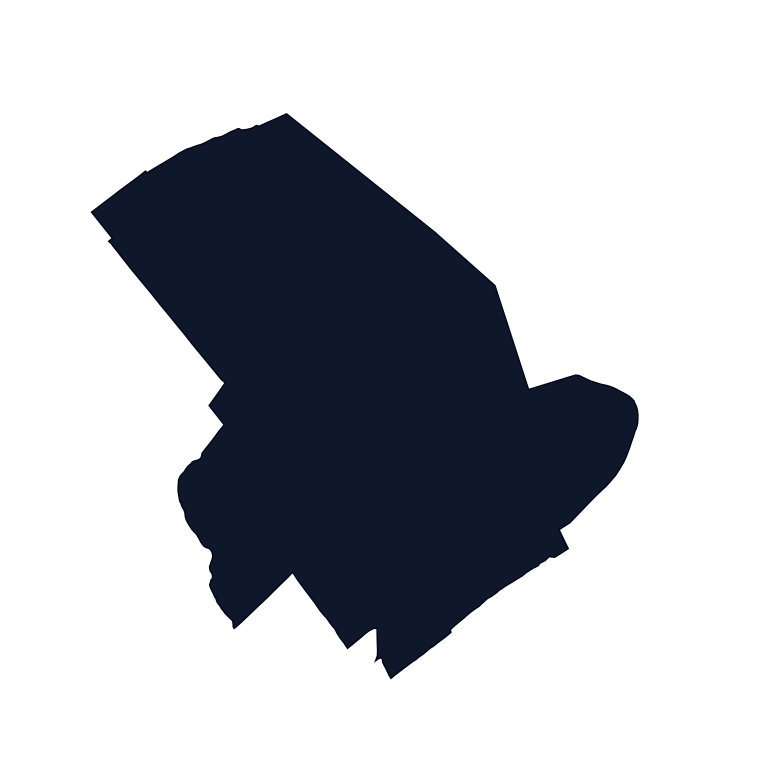 Slatioara, Olt, Romania, rotated 345°
{"feature_id": "2599482B63215832934331", "entity_name": "Slatioara", "entity_type": "district", "adm_level": 2, "iso_a3": "ROU", "parent_name": "Romania", "parent_adm1": "Olt", "projection": "mercator", "projection_center": [24.319, 44.407], "detail": "fine", "context": "isolated", "style": "filled", "palette": "ink", "viewbox_px": 768, "rotation_deg": 345, "n_neighbors": 0, "source": "geoboundaries", "source_scale": "gbopen_adm2", "svg_char_len": 5422}
<svg xmlns="http://www.w3.org/2000/svg" viewBox="0 0 768 768"><g transform="rotate(345 384 384)"><path d="M621.0,464.9L619.9,462.8L617.9,459.6L614.5,456.1L610.9,452.8L607.3,449.3L602.9,445.7L599.6,443.6L593.1,440.2L584.3,434.6L574.3,426.1L573.3,425.8L571.2,425.0L570.2,425.1L568.3,425.1L566.8,425.2L565.3,425.2L522.2,426.8L521.0,403.4L516.6,317.7L472.2,250.4L392.7,142.5L359.8,97.9L341.7,100.8L330.0,102.7L327.6,101.3L323.9,102.5L322.3,102.7L319.5,102.7L316.7,102.6L314.0,102.2L312.1,101.8L309.9,99.8L308.9,99.8L308.6,99.6L308.0,99.8L307.2,100.0L306.6,100.1L306.0,100.2L305.0,100.3L304.3,100.4L303.1,100.6L301.0,100.8L296.5,101.9L291.2,103.0L289.4,103.1L289.2,102.8L288.6,102.9L286.0,102.9L284.5,102.5L282.1,102.7L275.4,104.3L269.4,105.3L264.1,105.4L258.2,106.0L254.4,106.1L246.1,108.0L236.8,111.0L223.2,114.8L211.0,118.3L209.8,118.6L208.6,116.7L203.5,119.0L190.8,124.1L178.8,128.8L170.2,132.4L161.4,136.0L146.0,142.3L159.4,173.0L155.0,174.9L157.2,178.2L157.8,180.2L159.5,184.1L160.7,186.8L163.2,192.7L169.0,206.4L174.8,219.1L181.4,233.4L188.4,249.4L193.9,261.4L198.0,270.6L201.3,277.9L204.1,284.0L208.9,295.3L212.5,303.3L217.4,314.0L222.0,324.1L228.0,337.5L231.0,341.8L230.3,342.3L222.7,348.8L213.3,356.5L209.5,359.6L209.6,359.8L219.1,382.1L213.4,386.1L210.9,388.1L206.3,391.8L202.3,394.9L196.8,399.0L190.4,403.7L190.0,404.6L189.7,405.5L188.7,407.2L188.3,407.7L187.4,408.4L186.2,409.0L185.0,409.2L183.7,409.4L181.9,409.4L180.3,409.4L179.6,409.5L178.9,409.7L178.0,410.2L177.2,410.8L176.1,411.4L174.9,412.1L173.8,412.5L172.7,413.3L171.4,414.3L170.6,414.9L169.9,415.6L168.6,416.8L167.0,417.9L164.9,419.1L163.6,420.1L162.6,421.1L161.9,422.1L161.2,422.9L160.5,424.1L160.3,425.2L159.4,427.4L158.6,429.9L157.9,432.4L157.4,434.3L157.0,437.8L156.7,441.2L156.5,442.8L156.5,445.0L157.0,446.5L157.2,449.8L157.6,451.6L158.3,454.2L158.4,456.4L158.2,458.6L157.8,460.2L157.8,461.9L157.9,464.2L158.4,466.7L159.2,469.4L160.0,472.3L161.1,475.2L162.3,477.6L163.3,479.3L164.0,480.4L164.6,482.7L165.4,485.3L165.7,486.6L165.8,487.8L166.3,489.7L167.3,492.2L168.0,493.9L169.2,495.2L170.4,496.3L172.0,497.1L172.7,497.9L173.4,498.8L173.9,500.2L174.4,502.0L174.3,503.4L174.2,504.9L174.0,506.1L173.4,507.5L172.6,508.9L171.5,510.5L170.8,511.4L169.5,513.6L168.5,514.7L168.2,515.8L167.9,517.2L167.8,518.7L167.9,520.0L168.5,521.5L168.8,522.8L168.8,524.0L168.6,525.5L168.2,526.8L167.4,527.9L166.1,528.7L165.0,530.8L163.7,532.8L163.6,534.9L163.9,537.0L164.2,538.2L164.3,539.5L164.7,541.0L164.9,542.3L165.1,543.1L165.2,544.1L165.3,544.9L165.4,545.7L165.9,547.0L166.2,547.8L166.2,549.7L166.4,551.5L167.0,553.4L168.0,555.5L168.5,557.2L168.9,558.9L170.2,561.8L171.4,564.9L173.4,568.2L175.4,571.6L176.4,573.2L176.4,573.5L176.5,574.2L176.5,574.5L176.4,575.3L176.1,577.1L175.5,579.6L175.8,580.4L176.0,581.3L176.7,581.0L177.3,580.8L181.0,578.9L184.6,577.1L195.0,571.4L201.9,567.6L216.0,560.0L224.3,555.2L233.3,550.1L241.1,545.8L246.3,542.5L247.5,543.4L248.0,544.9L248.5,546.4L248.8,547.3L249.0,548.3L249.6,549.9L250.0,551.3L250.5,552.5L251.1,554.0L251.8,555.8L253.8,560.9L255.3,564.7L257.1,569.0L260.3,576.9L262.2,582.3L263.4,585.8L266.4,592.3L268.0,595.2L270.3,601.6L272.0,605.4L273.4,608.2L273.5,609.2L274.1,612.1L275.8,617.7L278.2,623.3L279.1,626.0L279.9,628.4L280.5,629.9L281.1,629.5L285.1,627.8L291.0,625.1L296.3,622.7L301.5,620.1L306.2,618.3L307.0,618.2L309.2,617.7L310.9,617.4L312.1,617.7L312.7,617.8L313.1,617.9L314.1,618.1L312.1,626.1L310.2,633.9L309.0,639.2L308.2,641.9L307.5,644.3L307.2,644.9L306.6,645.8L306.1,646.6L305.1,648.0L304.3,649.1L306.3,648.3L308.0,647.7L309.8,647.7L310.4,647.9L310.9,648.3L311.1,649.1L311.2,649.9L310.9,651.3L310.9,652.7L311.1,654.2L311.3,655.3L311.7,657.2L312.4,659.9L312.6,661.1L313.4,666.0L314.0,668.2L314.6,670.1L316.3,669.3L318.4,668.3L320.5,667.3L321.6,667.0L322.8,666.5L324.3,665.8L326.1,665.1L327.6,664.5L328.7,664.0L340.8,659.2L342.4,658.8L343.7,658.3L345.3,657.5L347.0,656.8L348.9,656.1L351.0,655.3L352.4,654.8L354.0,654.0L356.2,653.0L357.1,652.5L358.0,652.1L358.8,651.8L360.0,651.2L361.5,650.7L362.7,650.4L364.2,649.8L365.9,649.1L366.9,648.7L367.8,648.2L368.9,647.8L369.9,647.4L371.0,646.9L372.0,646.5L373.1,646.1L374.9,645.4L376.7,644.7L378.3,644.0L379.8,643.3L380.4,643.1L381.5,642.5L384.4,641.2L384.4,639.5L384.3,638.5L385.4,637.9L387.0,637.0L388.7,636.1L390.5,635.2L392.2,634.5L394.4,633.5L397.7,632.0L399.5,631.2L400.6,630.7L402.4,629.7L404.3,628.8L409.8,626.3L411.3,625.7L413.4,624.9L415.7,624.1L417.4,623.6L419.0,623.0L421.0,621.7L422.9,620.8L424.5,620.0L426.5,618.9L427.5,618.3L429.3,617.7L432.2,617.1L434.6,616.2L436.5,615.6L437.8,615.0L439.2,614.5L440.0,614.0L440.9,613.4L442.3,612.9L443.5,612.4L445.1,612.1L446.9,611.3L448.6,610.8L450.0,610.3L451.7,609.8L453.5,609.3L456.4,608.5L459.8,607.4L461.1,607.0L463.1,606.4L464.8,606.0L466.4,605.5L467.8,605.1L469.0,604.5L470.2,604.0L471.4,603.5L472.6,602.9L474.4,602.4L476.9,601.5L479.7,600.7L482.0,600.1L483.1,600.0L486.3,599.2L487.2,598.1L488.5,597.4L491.1,596.8L493.7,596.3L499.1,593.3L500.2,594.1L503.8,595.3L504.2,595.5L507.3,594.5L513.3,592.6L519.3,590.7L515.9,572.9L515.4,570.0L527.6,566.1L544.0,556.2L553.1,550.7L560.1,546.6L566.9,542.9L572.4,540.0L577.5,536.6L579.0,535.6L584.2,532.0L589.5,527.2L595.4,521.4L599.7,516.1L604.4,509.5L608.9,502.7L612.7,497.0L614.1,494.6L615.9,492.5L617.7,489.8L619.1,486.7L620.3,482.9L621.3,479.5L621.6,477.4L622.0,474.6L621.9,471.2L621.4,468.0L621.0,464.9Z" fill="#0f172a" stroke="#020617" stroke-width="1.5"/></g></svg>